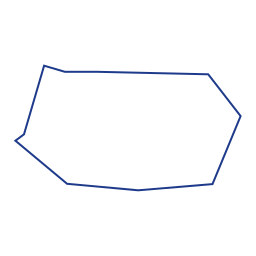 outline of Jung-gu [Central District], Daegu, South Korea
{"feature_id": "91817680B11201690622195", "entity_name": "Jung-gu [Central District]", "entity_type": "district", "adm_level": 2, "iso_a3": "KOR", "parent_name": "South Korea", "parent_adm1": "Daegu", "projection": "mercator", "projection_center": [128.593, 35.86], "detail": "fine", "context": "isolated", "style": "outline", "palette": "blue", "viewbox_px": 256, "rotation_deg": 0, "n_neighbors": 0, "source": "geoboundaries", "source_scale": "gbopen_adm2", "svg_char_len": 248}
<svg xmlns="http://www.w3.org/2000/svg" viewBox="0 0 256 256"><path d="M208.2,74.3L97.2,71.8L64.9,71.8L44.1,65.7L24.0,134.3L15.4,140.7L67.1,183.8L138.2,190.3L212.5,184.1L240.6,116.1L208.2,74.3Z" fill="none" stroke="#1e3a8a" stroke-width="2"/></svg>